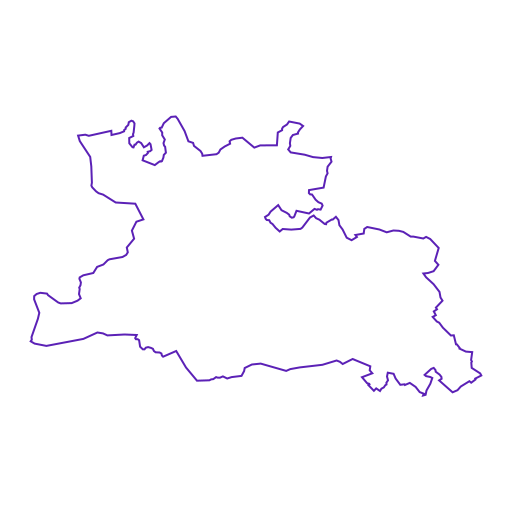 the district of Longford Lea-7, Longford, Ireland
{"feature_id": "5873133B83670029874089", "entity_name": "Longford Lea-7", "entity_type": "district", "adm_level": 2, "iso_a3": "IRL", "parent_name": "Ireland", "parent_adm1": "Longford", "projection": "equal_earth", "projection_center": [-7.802, 53.758], "detail": "fine", "context": "isolated", "style": "outline", "palette": "violet", "viewbox_px": 512, "rotation_deg": 0, "n_neighbors": 0, "source": "geoboundaries", "source_scale": "gbopen_adm2", "svg_char_len": 4381}
<svg xmlns="http://www.w3.org/2000/svg" viewBox="0 0 512 512"><path d="M30.7,341.3L34.6,343.6L46.4,345.9L83.4,338.9L97.4,332.5L103.0,333.4L107.4,335.4L124.6,334.5L136.7,335.0L135.2,338.1L135.9,339.2L137.7,339.2L139.1,340.2L140.1,346.7L142.8,349.3L144.5,349.3L145.8,347.7L148.1,347.1L151.0,347.9L152.9,348.8L153.9,351.0L155.6,352.3L159.6,352.5L161.4,353.5L161.9,355.5L163.1,356.7L176.2,351.0L186.0,367.5L197.0,380.7L209.4,380.3L211.1,379.4L213.3,379.1L216.1,377.1L217.4,377.6L219.9,377.7L222.9,376.4L227.2,378.5L231.6,377.1L241.5,375.9L244.1,371.1L244.7,368.0L251.9,364.5L260.7,363.6L286.2,370.9L290.3,369.1L299.8,367.4L322.4,364.8L336.6,360.5L339.9,361.8L342.7,364.0L352.6,359.0L370.3,366.3L369.7,370.3L372.3,373.3L362.0,377.2L367.1,383.2L369.2,383.8L369.5,384.3L368.4,385.1L373.9,390.8L376.2,388.4L380.0,391.0L381.4,388.7L383.8,387.4L385.3,385.2L386.5,384.5L386.4,382.7L388.0,380.3L387.0,376.5L387.8,372.7L393.6,373.8L395.6,378.5L400.3,384.8L404.5,384.3L404.9,385.0L409.8,382.9L415.6,386.9L419.7,392.1L423.8,393.7L423.1,395.5L425.6,394.8L426.5,390.5L430.3,383.8L432.3,378.0L430.3,377.0L426.0,376.1L424.6,374.9L431.2,368.9L433.7,367.9L435.5,370.1L435.7,371.7L439.6,374.6L441.4,376.9L441.6,378.8L439.1,380.4L452.6,392.3L457.5,390.2L460.8,386.5L469.4,381.2L471.2,382.7L475.5,379.5L475.2,378.6L481.3,375.5L480.2,373.4L471.7,367.9L471.3,362.6L471.9,361.5L471.1,360.0L472.2,352.1L465.9,351.6L459.5,348.6L459.7,348.0L456.9,344.4L456.0,344.3L453.8,335.3L450.9,335.5L442.9,327.7L439.2,322.7L436.8,321.5L432.7,316.9L435.8,315.2L433.8,311.4L437.0,309.3L435.9,307.6L442.5,300.7L440.5,297.5L439.5,291.9L433.6,284.2L426.1,277.3L423.4,273.5L428.0,273.0L433.6,271.2L438.4,264.8L434.9,260.9L438.7,248.0L430.2,239.0L426.1,236.9L423.3,238.5L413.4,236.6L410.7,236.6L403.3,231.9L398.9,230.8L393.4,230.5L386.7,232.3L379.4,229.5L367.2,227.0L364.3,228.9L363.7,233.5L355.4,235.0L356.9,237.0L351.6,240.2L346.7,237.7L342.6,229.5L339.4,225.2L338.5,220.1L335.9,216.8L332.7,219.6L331.8,219.5L326.4,222.7L326.1,224.2L324.7,224.0L319.4,219.7L316.1,218.2L313.7,215.5L310.0,217.5L302.3,227.6L300.5,228.9L291.3,229.6L282.7,229.0L279.7,231.5L275.6,227.8L272.5,224.0L270.5,222.7L269.2,220.2L266.8,220.0L265.7,218.9L265.0,217.0L268.6,214.7L270.6,211.6L278.2,205.1L281.5,210.2L286.8,212.9L289.2,214.7L289.7,216.3L291.8,217.7L293.6,217.3L294.3,216.4L296.5,210.8L309.0,213.5L314.5,208.9L317.0,209.8L317.9,209.2L320.6,209.6L322.6,205.6L321.7,203.6L318.4,202.2L315.6,199.7L312.0,194.5L310.2,194.4L308.9,193.1L309.0,190.1L323.6,187.6L325.9,176.4L327.6,173.3L327.0,170.9L327.6,166.7L331.5,161.7L330.6,158.4L331.0,157.0L322.3,158.0L313.0,157.1L304.7,154.7L290.7,152.4L288.2,149.4L290.3,145.9L289.9,143.2L290.7,137.9L292.9,135.0L298.0,133.6L297.9,132.5L299.9,129.4L303.1,126.0L299.7,123.6L289.1,121.5L287.0,124.5L283.1,127.0L282.1,128.6L282.1,130.2L277.8,132.5L276.9,145.3L260.2,145.4L254.3,147.6L242.4,137.7L235.8,138.5L231.3,139.8L229.6,141.3L230.1,143.7L224.7,146.5L220.4,149.5L218.7,152.7L216.5,154.2L202.5,155.8L202.2,153.7L200.5,151.0L194.0,145.9L193.1,142.9L188.4,141.3L184.6,131.1L177.7,118.9L175.7,116.5L171.1,116.9L163.8,123.2L161.7,127.6L160.1,127.8L159.5,128.5L162.2,132.5L162.2,135.3L164.8,139.5L163.5,143.1L164.1,145.6L165.1,146.7L165.9,152.7L163.8,154.9L163.4,157.6L161.9,161.2L160.9,161.6L160.2,161.2L158.7,162.1L154.8,165.1L142.6,160.3L143.8,155.7L146.0,155.0L147.9,153.0L147.7,151.8L150.1,151.2L151.6,149.9L150.5,144.2L149.5,143.1L147.1,145.5L143.9,147.3L141.2,143.1L138.6,141.6L136.9,142.7L135.5,144.7L134.5,144.7L133.5,147.4L132.5,147.2L129.3,143.3L129.2,138.0L133.3,136.0L133.0,134.1L133.6,132.6L134.2,127.1L134.4,125.0L134.4,124.9L134.5,123.4L133.1,121.3L131.4,120.7L128.8,122.2L128.3,124.9L125.7,127.5L125.7,128.8L124.2,130.0L124.1,131.3L119.8,133.1L111.5,135.0L111.3,130.8L88.8,135.8L85.3,134.7L78.1,135.6L79.8,141.1L90.2,156.9L91.3,166.4L91.9,182.7L91.4,185.6L92.2,187.3L96.1,191.4L98.6,193.2L103.1,194.6L115.7,202.5L135.3,203.7L143.4,219.4L136.4,221.7L131.9,230.6L134.1,238.7L126.8,247.5L127.8,252.3L126.2,254.9L122.5,257.0L109.5,259.3L107.7,260.2L103.4,264.5L97.1,266.9L93.3,273.0L83.3,275.3L79.7,277.4L79.4,278.8L80.9,282.4L80.5,285.2L79.2,287.7L79.7,289.0L79.0,294.1L80.7,298.3L77.5,300.7L71.7,303.1L60.7,303.4L58.2,302.5L48.1,295.2L47.0,293.6L40.3,292.8L36.6,294.0L34.2,296.1L34.1,299.3L39.3,312.8L37.9,318.8L31.5,337.1L31.8,339.7L30.7,341.3Z" fill="none" stroke="#5b21b6" stroke-width="2"/></svg>